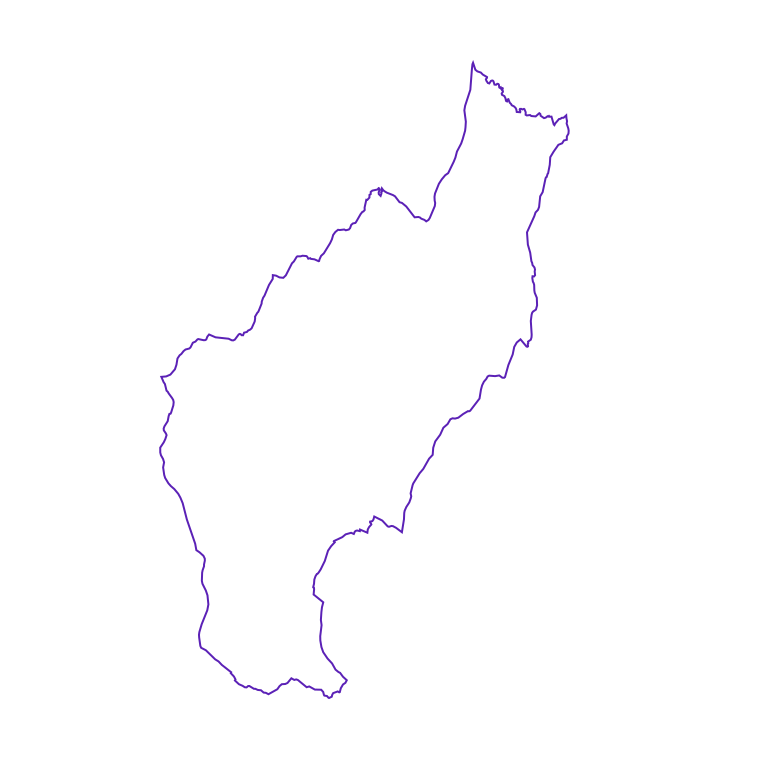 Ventaquemada, Boyacá, Colombia, rotated 348°
{"feature_id": "7082276B51013712707361", "entity_name": "Ventaquemada", "entity_type": "district", "adm_level": 2, "iso_a3": "COL", "parent_name": "Colombia", "parent_adm1": "Boyacá", "projection": "equal_earth", "projection_center": [-73.509, 5.383], "detail": "fine", "context": "isolated", "style": "outline", "palette": "violet", "viewbox_px": 768, "rotation_deg": 348, "n_neighbors": 0, "source": "geoboundaries", "source_scale": "gbopen_adm2", "svg_char_len": 6148}
<svg xmlns="http://www.w3.org/2000/svg" viewBox="0 0 768 768"><g transform="rotate(348 384 384)"><path d="M553.7,277.6L555.4,265.4L565.9,251.1L567.9,247.7L570.8,245.7L572.5,243.1L575.8,232.9L579.1,229.3L584.6,216.8L585.3,215.6L586.2,215.3L587.6,212.6L588.3,212.1L591.7,204.1L593.8,196.7L598.3,191.9L604.3,186.3L608.3,185.6L610.6,183.2L613.6,183.1L614.3,179.9L616.5,177.4L617.3,174.7L617.4,172.3L616.8,167.2L617.7,165.0L617.7,162.0L618.1,159.1L615.0,160.9L613.0,160.6L611.9,161.3L610.3,161.2L605.6,164.8L604.5,166.2L604.0,165.4L603.4,157.3L601.6,157.0L601.1,156.1L600.2,156.6L599.6,156.1L597.5,157.1L595.8,157.2L593.0,154.2L593.0,152.3L592.2,151.4L588.0,153.8L583.8,152.5L582.8,151.3L579.5,151.0L578.5,150.1L579.1,147.6L578.5,144.4L578.1,144.0L576.4,144.2L575.4,143.4L574.2,143.2L573.7,144.0L574.0,145.8L573.7,146.5L570.4,145.5L570.5,143.0L570.1,141.3L568.8,139.4L566.9,137.9L566.5,136.5L565.5,135.0L564.9,131.3L564.1,131.4L563.2,133.2L562.6,132.9L562.2,132.4L562.2,129.7L561.6,127.4L559.5,125.6L559.5,124.3L561.1,122.9L561.2,122.1L560.6,121.2L561.6,119.8L561.5,119.2L560.9,119.1L560.1,119.8L559.8,119.5L559.8,118.0L558.7,118.3L558.4,117.9L558.6,115.0L558.2,114.3L557.2,113.9L555.9,114.6L554.3,114.1L554.0,110.7L553.6,110.0L552.9,109.6L551.6,109.8L549.5,111.9L548.2,111.2L547.2,108.7L547.0,107.1L548.4,105.9L548.6,105.2L545.0,101.9L543.5,99.5L540.3,97.6L538.7,95.6L537.9,88.3L537.0,89.6L535.3,94.8L529.6,114.2L521.2,128.7L519.5,133.0L518.6,144.4L517.1,149.8L516.0,153.1L511.9,160.8L509.5,164.8L503.7,171.8L500.9,177.4L498.4,181.1L490.6,191.1L487.3,192.5L483.1,195.8L479.3,199.6L473.5,208.3L472.3,211.4L471.7,215.1L471.7,217.6L470.7,220.5L463.3,231.1L461.6,232.8L459.1,233.7L457.7,231.9L454.8,230.0L453.9,228.7L452.4,227.8L448.6,227.3L442.7,215.0L439.2,210.6L437.0,209.4L433.8,202.7L432.1,201.1L426.5,197.4L424.8,195.8L423.6,194.4L422.6,192.2L421.8,193.8L422.0,195.2L421.1,195.8L421.3,196.2L421.1,197.1L419.8,199.3L418.4,197.2L418.6,195.5L420.0,193.2L420.0,191.7L419.5,191.3L418.1,192.4L412.8,192.4L411.0,193.3L410.4,195.6L409.1,196.0L408.5,198.6L405.9,200.5L405.0,200.1L401.7,207.4L401.3,209.8L399.7,211.0L398.7,211.1L396.5,212.9L390.4,219.7L389.5,220.5L386.9,220.5L385.0,221.6L383.2,224.5L381.7,225.6L378.6,225.7L377.2,224.6L372.7,224.2L371.1,223.6L368.0,225.2L365.3,227.6L363.1,231.7L360.5,235.1L352.3,243.7L349.1,245.6L346.8,248.7L346.1,250.2L345.6,250.3L341.9,247.6L338.5,246.4L338.0,245.6L336.0,245.7L335.3,243.4L334.6,242.7L331.0,241.6L328.9,241.8L325.8,241.1L325.0,241.5L321.3,245.4L319.1,246.8L310.6,257.3L307.6,259.2L303.9,258.0L301.0,255.6L297.9,254.4L297.0,258.1L292.1,263.2L285.5,272.7L283.7,274.5L281.6,277.9L281.0,279.9L277.2,285.6L276.0,287.3L275.0,287.9L271.8,291.4L271.7,292.7L270.5,296.0L266.1,302.0L264.1,303.1L262.3,303.4L260.7,304.6L257.8,304.7L256.3,307.0L254.9,306.7L254.1,305.4L253.3,305.0L252.2,305.3L247.3,309.6L245.6,310.0L244.2,309.6L241.4,307.4L228.9,303.3L223.2,299.2L221.1,300.9L219.4,303.5L218.3,303.9L216.8,303.7L211.6,301.4L210.6,301.7L208.4,303.3L205.6,303.9L202.3,308.0L200.9,308.8L197.0,309.0L194.7,310.2L192.0,312.5L190.1,313.4L187.3,316.1L185.0,322.0L182.6,326.1L177.0,330.4L172.5,331.3L167.7,330.7L168.8,336.3L169.7,338.5L169.9,345.3L170.9,346.7L171.4,348.4L173.8,353.7L174.5,355.8L174.5,358.0L173.5,361.1L169.7,367.9L169.0,368.7L167.9,368.6L166.7,370.6L164.7,375.4L160.4,379.8L159.2,381.8L159.0,383.6L160.4,387.1L160.7,388.8L158.7,392.3L156.5,395.2L151.9,399.7L150.9,404.5L151.0,407.3L152.3,411.4L152.6,414.9L150.6,419.7L150.1,427.3L150.4,430.4L152.5,436.4L154.4,439.7L157.0,443.1L159.9,448.6L161.2,452.8L162.3,458.7L163.0,475.5L166.1,501.0L165.9,507.5L168.6,510.3L171.7,514.6L172.4,517.6L172.0,519.6L170.4,523.2L170.1,524.8L167.9,528.4L166.9,530.7L164.9,538.7L164.9,541.7L166.8,549.0L167.4,554.0L166.4,563.1L164.1,568.6L155.7,581.1L151.8,588.3L150.9,590.8L150.5,593.4L149.9,602.0L150.3,604.0L154.4,607.4L161.6,618.2L164.5,621.0L167.0,625.1L174.6,634.2L174.0,635.0L176.4,638.9L177.3,642.1L176.5,643.0L179.7,647.5L182.9,649.8L184.8,651.7L186.5,652.2L188.3,651.2L189.5,651.4L193.4,655.1L194.8,655.4L196.9,657.0L200.0,658.0L202.1,660.8L204.2,661.5L206.5,663.4L216.2,660.4L219.0,657.8L221.6,656.4L225.0,656.9L227.4,656.4L232.2,652.6L234.7,654.8L236.7,654.7L238.2,655.6L245.3,664.5L248.0,664.3L252.8,668.5L259.0,670.0L260.5,672.6L260.6,675.6L260.9,676.4L263.3,677.3L264.5,679.4L265.0,679.7L267.9,679.0L268.7,677.3L270.0,675.8L274.8,675.1L276.1,676.3L276.7,676.2L278.5,672.6L280.7,670.2L281.4,669.4L284.1,668.3L286.0,666.0L283.0,661.8L281.0,657.4L279.6,656.3L277.2,653.3L275.1,646.5L271.7,640.8L268.8,633.7L268.1,628.3L268.4,621.6L269.2,617.4L272.8,606.9L273.2,601.7L275.4,593.9L276.9,589.5L279.2,584.9L271.4,575.3L273.0,570.1L273.1,568.6L272.5,568.2L272.6,567.8L274.0,564.9L275.2,560.8L277.0,557.8L278.8,555.9L279.4,555.9L280.8,554.9L283.5,552.2L289.3,544.8L294.6,535.4L298.6,531.6L302.9,528.6L302.2,527.4L302.4,527.2L311.4,525.1L315.2,523.1L320.9,522.7L323.3,524.4L324.7,522.4L325.7,521.8L327.2,521.7L329.8,522.9L330.3,521.4L336.8,526.0L337.9,522.9L339.7,520.8L342.4,518.8L342.3,517.7L341.6,516.6L341.8,515.7L344.1,515.7L345.5,514.4L346.9,511.6L353.9,517.2L358.0,524.0L359.2,524.7L361.7,524.4L363.2,524.9L365.9,527.2L370.7,532.7L375.4,520.5L377.0,514.3L377.9,512.2L380.3,508.9L384.1,505.1L386.4,501.4L387.3,499.5L387.3,496.5L390.9,489.0L391.9,487.4L400.3,478.7L404.8,475.2L412.6,466.4L416.9,463.4L418.9,456.6L422.2,450.8L428.4,445.3L433.0,439.1L437.9,436.4L441.6,432.3L443.9,431.8L446.3,432.6L449.7,432.4L455.2,429.8L460.5,428.0L461.4,428.4L462.7,428.1L474.4,418.1L477.7,409.6L479.7,405.7L482.2,402.5L485.1,400.3L486.9,398.2L488.6,397.7L494.3,399.4L498.5,399.6L501.0,402.4L502.8,402.9L503.8,402.4L509.6,391.3L516.0,381.9L519.1,374.8L522.5,371.0L526.8,368.7L531.2,377.0L532.1,377.4L532.7,377.1L533.0,374.6L533.6,374.1L533.7,372.5L536.8,371.2L538.0,369.0L538.7,366.5L540.7,352.9L542.7,347.1L543.6,345.3L544.7,344.2L548.1,342.8L550.1,338.9L551.4,331.4L550.4,326.1L550.5,323.8L551.5,318.2L551.3,316.1L550.9,314.9L551.1,311.2L551.7,309.5L553.1,310.0L554.4,309.0L554.8,305.2L555.5,303.5L555.4,301.3L554.0,298.5L554.1,296.3L553.7,294.5L554.3,285.9L553.7,277.6Z" fill="none" stroke="#5b21b6" stroke-width="2"/></g></svg>